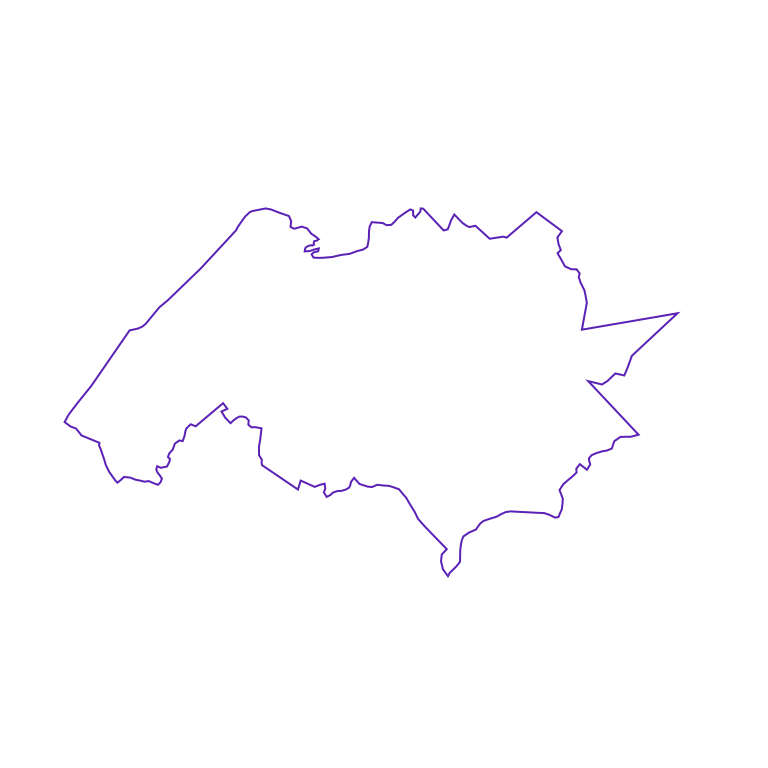 outline of Petaling, Selangor, Malaysia, rotated 136°
{"feature_id": "92858781B60376413639078", "entity_name": "Petaling", "entity_type": "district", "adm_level": 2, "iso_a3": "MYS", "parent_name": "Malaysia", "parent_adm1": "Selangor", "projection": "albers", "projection_center": [101.591, 3.103], "detail": "fine", "context": "isolated", "style": "outline", "palette": "violet", "viewbox_px": 768, "rotation_deg": 136, "n_neighbors": 0, "source": "geoboundaries", "source_scale": "gbopen_adm2", "svg_char_len": 3466}
<svg xmlns="http://www.w3.org/2000/svg" viewBox="0 0 768 768"><g transform="rotate(136 384 384)"><path d="M123.7,231.0L203.9,285.6L181.7,301.5L177.8,307.3L174.7,312.3L172.1,320.6L169.6,325.7L166.4,327.6L165.8,332.7L169.6,336.5L172.1,342.9L170.2,349.9L168.3,357.5L163.8,357.5L161.3,363.3L157.5,369.0L149.8,370.3L155.0,401.7L194.1,404.1L195.7,407.0L207.1,415.1L208.3,434.3L213.6,437.6L214.9,441.2L215.7,445.7L215.7,457.1L222.2,455.1L226.3,453.0L230.7,451.0L234.4,453.0L234.0,482.8L235.6,484.8L238.1,482.8L245.8,482.0L245.8,485.2L242.6,488.5L243.8,491.3L250.3,492.6L258.4,493.8L262.9,493.4L268.2,493.4L271.9,496.6L273.1,500.7L280.4,508.9L284.9,507.2L288.6,504.4L293.1,499.9L296.7,497.0L300.8,494.2L306.1,495.4L311.0,498.3L318.3,501.5L324.9,506.4L328.1,508.4L333.0,511.3L339.5,516.6L343.2,519.9L346.9,523.9L346.0,527.6L343.2,527.6L339.1,525.2L336.7,526.8L340.7,529.2L345.2,531.3L348.9,534.5L346.5,536.3L344.7,536.5L342.5,535.8L340.4,534.8L339.2,533.3L337.5,532.8L336.7,534.3L335.0,535.2L332.7,533.8L331.0,533.7L330.5,533.5L330.6,536.4L331.9,542.8L331.2,549.2L333.8,554.3L340.8,558.1L342.1,561.9L337.6,565.7L335.7,570.8L340.2,579.7L344.0,588.0L347.2,592.5L358.0,599.5L358.6,599.9L361.3,600.9L364.9,600.9L367.8,600.9L374.8,599.6L380.3,598.5L383.9,597.3L435.7,594.4L444.2,594.4L451.6,594.4L459.3,594.4L465.8,594.4L474.4,594.4L480.9,594.4L492.3,595.2L513.9,592.8L518.0,593.2L522.5,594.8L529.8,599.3L596.2,585.9L616.6,583.4L624.7,582.2L632.1,581.0L640.2,578.5L639.0,571.2L636.5,565.9L636.9,561.0L637.4,557.3L629.6,539.4L631.6,537.8L633.7,532.5L635.7,528.4L637.8,523.9L640.2,519.4L641.4,515.8L642.6,512.1L643.5,506.8L644.3,501.1L644.3,499.5L644.3,498.2L639.8,497.8L635.7,497.8L631.6,493.0L629.2,487.7L626.3,483.6L624.3,480.3L620.6,477.5L618.6,472.6L616.6,468.5L613.3,468.5L609.6,470.1L608.8,473.8L608.4,477.9L607.2,480.7L604.3,482.4L602.7,478.7L597.4,475.4L592.5,477.1L590.1,478.7L590.1,481.6L586.8,483.2L581.5,483.6L575.8,486.4L570.5,485.6L568.5,482.8L563.6,485.2L559.5,488.1L557.1,489.3L551.0,489.3L548.9,484.4L513.1,482.0L513.9,475.0L520.0,477.1L521.6,470.1L521.6,466.1L521.6,462.4L517.6,462.4L514.3,462.0L511.0,461.2L508.6,459.2L506.6,455.9L506.6,451.8L509.8,449.0L509.4,444.9L506.6,442.4L502.9,437.2L511.9,429.8L517.6,425.7L523.3,419.6L524.5,414.3L526.5,412.7L528.1,410.3L519.2,367.9L511.0,372.4L505.3,358.1L500.4,356.1L496.0,353.6L498.8,349.6L502.5,347.9L503.7,342.6L499.6,341.4L496.4,341.4L491.9,339.4L488.6,336.5L484.6,334.5L480.9,333.7L478.9,334.5L475.6,336.5L470.7,337.3L471.1,329.2L467.0,321.5L464.2,318.2L458.9,316.2L455.2,311.7L451.1,307.2L448.7,302.7L446.3,297.8L446.7,293.3L447.1,286.4L448.3,281.9L449.5,276.6L450.7,270.9L452.0,266.9L453.2,263.2L453.6,253.8L453.6,241.6L453.6,221.6L460.9,221.2L466.2,216.8L470.3,209.8L471.5,201.3L467.8,202.5L458.9,202.5L452.8,203.3L449.1,207.0L444.6,211.5L440.1,215.1L436.5,217.6L432.8,219.2L425.9,218.0L419.0,215.5L411.6,216.8L407.6,216.4L401.4,213.5L394.9,210.2L390.0,209.0L385.6,207.4L381.5,204.5L364.8,186.6L358.3,179.7L355.8,174.8L353.8,169.1L350.9,167.1L347.3,168.7L343.2,170.3L339.1,173.6L335.1,177.2L331.4,185.8L324.5,187.4L317.9,187.0L312.6,186.6L306.9,186.6L304.5,189.5L298.8,190.3L298.0,184.6L297.6,181.3L291.5,182.9L289.8,186.2L288.2,188.2L284.1,188.6L278.8,186.6L273.5,183.8L269.9,181.3L265.0,179.3L258.1,182.9L250.7,181.7L246.2,177.6L243.4,174.8L236.1,170.7L235.1,244.2L227.5,232.2L221.1,230.9L210.3,230.9L205.2,223.2L196.3,227.1L186.1,232.1L123.7,231.0Z" fill="none" stroke="#5b21b6" stroke-width="2"/></g></svg>